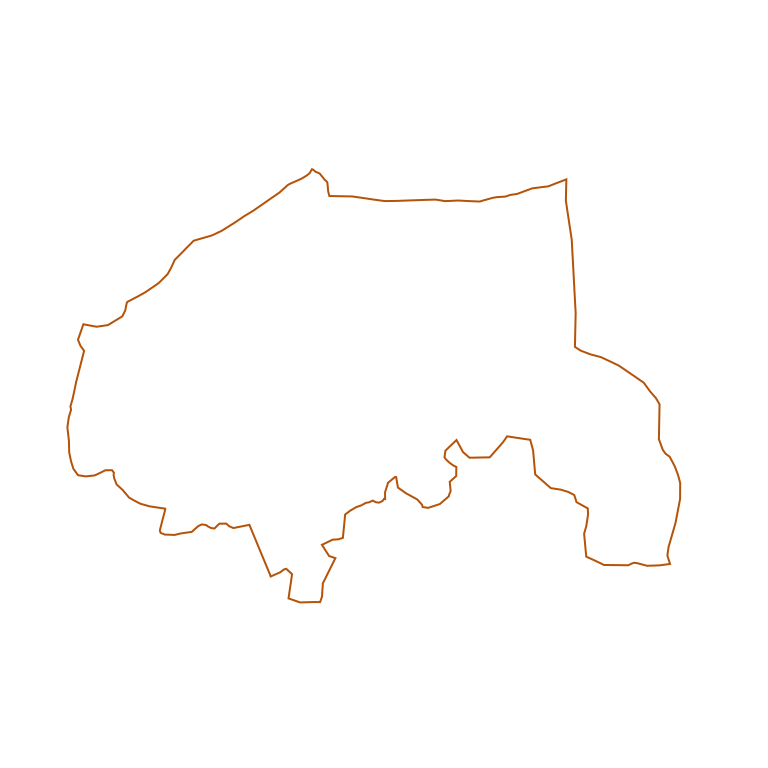 the district of Minya Al-Nasr, Ad Daqahliyah, Egypt, rotated 8°
{"feature_id": "37247803B87041728070842", "entity_name": "Minya Al-Nasr", "entity_type": "district", "adm_level": 2, "iso_a3": "EGY", "parent_name": "Egypt", "parent_adm1": "Ad Daqahliyah", "projection": "albers", "projection_center": [31.703, 31.154], "detail": "fine", "context": "isolated", "style": "outline", "palette": "amber", "viewbox_px": 768, "rotation_deg": 8, "n_neighbors": 0, "source": "geoboundaries", "source_scale": "gbopen_adm2", "svg_char_len": 3502}
<svg xmlns="http://www.w3.org/2000/svg" viewBox="0 0 768 768"><g transform="rotate(8 384 384)"><path d="M692.3,522.4L688.5,514.5L688.5,505.6L690.1,494.4L692.0,481.1L693.2,456.6L691.1,440.9L687.8,433.1L683.5,425.2L677.0,416.2L675.2,415.3L672.6,413.9L669.3,410.5L663.9,400.4L659.7,365.8L655.3,360.2L648.7,354.5L641.1,346.6L625.3,338.7L613.7,333.0L595.1,327.2L584.1,325.9L574.2,323.6L567.9,320.7L563.9,286.9L562.2,278.4L554.9,240.9L549.8,214.9L538.6,177.3L536.1,156.0L532.1,158.2L526.8,161.1L519.0,165.5L515.7,166.3L503.4,169.7L499.2,172.0L497.4,172.9L489.5,177.2L487.2,177.9L482.7,179.2L478.2,181.5L469.9,183.2L465.5,184.6L462.6,185.9L456.8,188.4L453.4,190.0L440.9,191.2L431.8,192.0L419.1,194.4L409.3,194.2L406.5,194.7L401.2,195.6L399.9,195.8L380.2,199.3L370.7,201.0L359.7,202.7L355.6,202.8L353.6,202.8L349.6,202.8L334.7,202.7L333.2,202.7L326.5,202.7L324.7,202.9L319.0,203.6L310.8,204.6L303.7,205.4L303.2,204.1L302.0,201.3L299.8,192.1L297.8,190.6L296.8,189.9L293.1,186.5L291.0,184.5L286.5,183.3L285.5,182.6L283.9,181.6L282.8,181.3L281.1,185.4L278.6,188.2L276.5,189.9L274.1,191.9L268.4,195.5L262.6,199.1L261.0,200.4L259.7,202.0L253.8,209.0L246.5,215.7L230.3,230.7L221.7,237.7L219.9,239.4L215.5,243.4L214.6,244.2L201.8,255.0L192.8,260.9L188.3,262.9L180.0,266.6L175.6,268.6L174.6,269.9L171.8,273.7L169.8,276.3L167.6,279.4L159.5,290.2L157.0,298.6L155.0,303.8L154.5,305.2L147.1,315.1L143.9,318.2L141.0,320.8L134.7,326.5L127.8,331.7L126.7,332.5L121.4,336.3L118.4,338.4L118.0,339.5L117.9,340.6L117.5,347.3L115.4,353.5L112.3,356.0L106.8,360.5L102.4,364.1L91.4,367.3L78.0,366.7L74.8,382.8L78.1,388.4L82.4,392.9L81.7,399.3L79.1,422.8L78.9,424.1L78.3,434.1L77.7,442.0L76.6,449.8L77.7,453.1L77.0,457.5L76.5,460.9L76.5,471.0L79.7,483.3L80.2,485.9L80.7,488.9L81.8,495.6L85.0,504.5L88.3,511.3L93.7,516.9L101.4,517.0L110.2,514.8L113.6,512.6L120.1,508.2L126.7,507.2L128.9,509.5L128.9,511.7L130.0,515.0L133.2,520.7L139.8,525.2L147.4,532.0L152.9,534.2L159.5,536.5L169.4,537.8L173.7,537.8L180.3,537.9L184.7,537.9L184.7,540.2L183.6,549.1L182.4,560.2L183.5,562.5L187.9,563.6L197.7,562.6L203.2,560.4L209.0,558.7L214.2,557.2L219.8,550.6L223.1,548.4L227.5,548.4L229.6,549.6L232.9,550.7L236.2,550.7L239.5,546.3L240.6,545.2L247.2,544.2L250.5,546.4L254.9,547.6L269.4,542.5L270.3,542.2L297.4,588.2L298.5,590.4L307.3,585.0L310.7,581.6L312.9,580.6L319.4,585.1L319.4,588.4L319.4,592.9L319.3,605.0L319.3,609.6L331.3,612.0L341.8,610.2L343.4,609.9L351.1,608.8L352.2,603.3L351.2,589.9L360.1,563.2L353.6,562.0L344.9,551.9L354.8,545.3L360.3,544.2L364.7,542.1L363.7,518.6L368.1,514.2L373.6,509.8L378.0,507.6L381.3,505.2L382.4,504.3L385.7,503.2L389.1,501.0L392.3,502.2L395.6,502.2L398.9,500.0L400.0,497.8L401.1,497.8L400.1,491.1L401.6,482.3L401.7,481.3L407.9,474.5L409.0,474.5L410.6,479.6L411.1,481.2L412.2,484.6L420.9,489.1L433.0,493.7L438.4,498.2L439.5,500.5L442.5,500.5L445.0,500.5L456.0,495.1L463.8,486.2L463.8,485.1L464.9,480.7L462.7,471.7L468.3,465.1L467.2,456.1L463.9,455.0L459.6,452.7L456.3,450.4L454.1,448.2L454.1,446.2L454.1,441.5L457.5,437.1L458.8,435.5L463.6,429.4L471.7,440.4L478.9,445.1L498.9,441.9L509.9,425.2L513.2,418.7L515.7,418.7L522.3,418.8L533.3,418.9L536.6,418.9L537.5,421.1L540.9,429.0L546.3,452.5L563.7,463.9L573.6,464.0L581.3,465.2L587.9,467.5L591.1,474.2L599.9,477.6L603.1,478.8L604.2,484.4L604.2,489.9L604.1,496.6L603.0,504.4L608.3,526.8L616.0,529.1L623.1,531.3L627.0,532.6L651.1,529.5L654.4,527.3L656.6,526.2L659.9,526.2L669.8,527.4L681.9,525.3L692.3,522.4Z" fill="none" stroke="#b45309" stroke-width="2"/></g></svg>